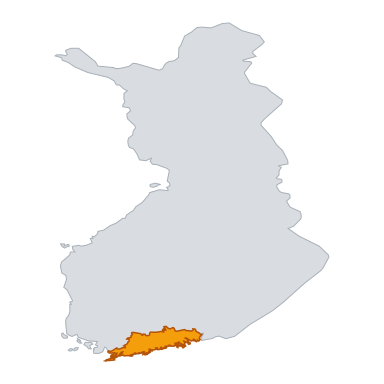 location of Uusimaa within Finland
{"feature_id": "FIN-3193", "entity_name": "Uusimaa", "entity_type": "Province", "adm_level": 1, "iso_a3": "FIN", "parent_name": "Finland", "parent_adm1": "", "projection": "robinson", "projection_center": [24.756, 60.321], "detail": "fine", "context": "in_parent", "style": "filled", "palette": "amber", "viewbox_px": 384, "rotation_deg": 0, "n_neighbors": 0, "source": "natural_earth", "source_scale": "10m", "svg_char_len": 9552}
<svg xmlns="http://www.w3.org/2000/svg" viewBox="0 0 384 384"><path d="M139.6,159.9L137.0,154.0L133.5,148.9L129.6,147.5L128.4,145.5L127.8,141.4L128.5,138.2L132.6,135.1L133.3,130.9L135.7,127.6L134.5,125.4L128.0,119.3L127.2,117.3L126.8,113.9L130.5,110.9L129.5,107.9L122.7,106.7L123.0,104.8L124.9,101.7L123.9,99.1L124.0,93.3L127.4,90.8L123.4,88.7L119.6,85.1L116.3,84.9L114.3,81.0L108.5,77.5L87.8,72.5L75.1,67.1L68.4,62.6L62.1,60.1L61.6,57.7L55.1,55.9L56.4,54.9L61.5,54.8L65.8,55.8L67.3,54.5L65.6,51.1L65.9,50.2L70.8,48.3L78.7,48.3L95.4,61.7L97.9,66.1L113.9,67.6L115.6,68.6L120.0,68.4L129.2,66.3L132.8,63.3L136.3,63.6L159.1,70.2L162.6,68.7L164.7,64.7L166.5,62.9L169.1,61.5L174.4,60.7L178.5,57.4L178.9,48.0L180.8,45.3L184.6,36.1L191.7,31.9L196.8,27.6L201.9,27.1L211.1,27.9L222.1,23.6L229.2,23.0L241.8,30.6L259.4,35.5L264.3,41.9L262.1,44.4L252.9,51.4L252.7,53.3L256.0,56.4L242.8,60.2L243.8,61.2L250.8,61.7L251.7,63.1L244.7,72.0L244.6,73.6L250.1,83.2L266.3,87.3L270.8,91.6L282.5,100.0L281.5,103.9L265.0,118.4L261.3,122.4L260.9,125.0L271.2,136.5L276.6,144.8L282.7,150.7L287.7,160.5L288.0,163.9L278.6,165.8L281.3,167.5L279.1,170.6L279.0,175.0L276.4,177.9L277.0,178.7L281.6,179.3L282.1,181.2L281.7,182.4L277.1,184.6L276.7,186.9L279.3,191.1L281.4,192.5L288.8,193.8L289.8,194.9L290.1,197.8L286.8,200.8L286.9,201.9L290.2,207.2L300.0,211.6L301.2,214.8L301.2,217.0L300.8,218.9L293.6,226.2L288.1,228.5L299.3,236.3L319.3,246.2L328.2,254.8L328.9,257.1L323.1,267.8L320.7,270.7L305.2,282.7L283.2,302.3L272.1,311.0L250.4,324.1L234.7,336.3L225.9,338.7L219.1,336.1L215.7,336.7L212.4,338.5L201.5,340.5L201.1,338.5L203.3,333.2L202.3,333.3L200.4,335.8L199.4,338.6L197.3,340.1L192.8,340.7L188.3,338.4L186.2,338.4L188.5,341.8L188.4,342.9L186.0,342.7L181.0,345.4L179.9,345.4L178.3,343.1L173.1,345.6L168.1,346.0L165.2,347.8L150.5,350.5L146.4,353.7L143.7,352.9L127.2,355.6L120.4,354.9L112.9,359.8L107.1,360.4L113.1,355.3L113.4,353.6L110.3,352.8L108.0,351.0L105.9,347.3L104.7,347.1L102.7,351.8L98.8,353.4L93.9,353.4L93.3,351.3L94.2,349.4L93.5,349.1L94.2,347.6L96.7,347.4L97.4,346.7L97.4,345.8L95.4,344.9L97.4,341.5L88.7,340.9L78.2,337.3L77.0,334.3L71.9,336.5L67.2,334.3L66.6,332.9L65.6,321.8L66.1,318.7L68.9,314.9L69.9,311.2L69.8,304.3L71.4,304.3L69.7,302.1L72.2,301.5L72.5,300.7L67.0,289.8L63.8,287.3L66.5,279.4L66.3,277.6L65.8,275.4L61.8,273.0L60.4,266.0L61.6,262.0L69.8,254.9L70.3,252.1L74.9,251.9L72.8,249.4L72.3,246.4L78.8,245.3L81.3,246.2L87.0,245.0L92.2,242.8L90.3,238.5L93.0,238.4L92.1,237.3L92.3,236.3L94.3,236.7L97.7,233.7L97.8,231.4L103.6,230.2L110.2,225.6L116.2,223.1L122.5,218.4L125.2,218.2L126.6,215.0L133.5,210.3L136.0,206.6L142.5,202.2L148.9,194.7L149.6,192.6L159.3,189.8L168.0,190.6L167.8,188.7L166.5,187.5L170.1,185.6L169.3,182.7L167.2,181.2L169.4,170.4L166.8,168.3L156.7,164.6L152.6,164.3L150.2,161.5L151.4,158.2L145.8,160.7L139.6,159.9ZM85.2,342.4L91.3,342.4L92.8,344.1L90.1,345.3L89.9,346.7L91.3,348.8L88.6,348.8L86.8,346.4L83.9,344.7L85.2,342.4ZM156.9,186.2L153.2,187.3L150.1,186.6L150.1,184.5L155.4,183.1L160.7,184.6L158.0,185.0L156.9,186.2ZM64.4,243.9L64.2,245.8L67.7,244.4L69.2,245.0L68.9,246.6L67.7,246.3L64.7,248.1L62.1,246.5L60.5,243.9L64.4,243.9ZM67.6,336.5L67.2,338.1L63.6,338.2L62.1,336.6L61.4,334.0L62.9,332.9L63.7,334.3L67.6,336.5ZM81.7,343.0L79.8,343.2L77.2,341.5L76.8,340.8L77.9,340.5L77.4,338.5L79.5,339.6L80.6,340.8L79.5,341.1L81.7,343.0ZM77.4,349.6L74.7,350.8L73.7,350.5L74.0,348.6L75.6,347.7L78.2,347.6L77.4,349.6ZM71.9,350.7L69.6,351.1L68.2,350.1L70.4,348.6L72.1,348.7L72.5,349.6L71.9,350.7Z" fill="#d9dde1" stroke="#a8b0b8" stroke-width="1"/><path d="M201.9,334.4L199.6,337.2L199.4,338.4L200.2,339.4L199.8,340.0L199.3,340.3L198.5,340.3L198.4,340.5L198.6,341.0L198.3,341.0L198.0,340.8L197.5,340.3L197.5,340.7L197.4,340.9L196.7,341.1L196.6,341.6L196.4,341.7L195.9,341.5L195.3,340.4L195.0,340.1L193.8,339.2L193.5,339.2L193.4,339.6L193.8,340.1L194.6,340.8L192.1,340.5L191.9,340.6L191.4,340.9L191.1,341.0L190.9,340.8L189.9,340.1L188.7,339.6L187.7,338.8L186.9,338.3L185.9,338.1L185.2,338.0L185.2,338.3L186.6,338.7L187.5,339.5L188.1,339.8L188.3,340.1L188.4,340.7L188.2,340.9L187.6,340.9L187.7,341.3L188.0,341.5L189.0,342.0L189.7,342.8L190.1,342.9L190.3,343.0L190.2,343.4L190.1,343.9L189.8,344.0L188.5,344.3L188.4,343.5L187.3,342.4L187.6,342.0L187.2,342.0L186.8,342.3L186.6,342.4L186.3,342.4L184.4,341.3L183.9,341.0L183.2,340.8L184.2,341.6L184.7,342.0L185.2,342.2L185.0,342.9L184.4,343.6L184.3,344.0L184.6,344.5L185.4,345.4L185.6,346.1L185.0,346.1L184.7,346.0L184.0,345.4L184.2,345.2L183.8,344.8L182.2,344.5L181.4,343.8L180.9,343.6L180.5,343.8L180.7,344.4L181.6,344.8L183.4,345.4L181.6,345.9L181.6,346.1L181.2,346.3L180.5,346.0L178.3,344.5L178.2,344.3L178.2,343.8L178.4,343.5L178.7,343.3L178.2,343.1L178.2,342.9L179.6,342.9L179.2,342.1L178.7,342.1L176.9,343.0L174.9,343.3L174.9,343.6L175.3,343.7L175.5,344.1L175.4,344.5L175.3,345.0L174.8,345.2L174.7,345.8L174.5,346.0L174.3,346.1L170.6,346.1L170.6,345.6L170.3,345.4L169.3,345.2L169.5,345.9L168.7,346.1L166.3,346.1L166.1,346.2L166.1,346.3L166.1,346.7L165.9,346.8L165.2,346.5L165.1,346.8L166.1,347.2L166.4,347.5L166.2,347.6L165.8,347.6L166.2,347.9L165.7,348.2L164.1,348.4L163.5,348.4L163.7,347.9L162.6,348.4L162.3,348.7L162.8,348.9L162.7,349.1L162.2,349.1L161.8,349.4L161.3,349.3L161.0,348.9L161.3,348.6L161.6,348.2L161.7,347.6L161.5,347.3L161.0,347.2L160.6,347.6L160.0,349.3L159.7,349.5L157.5,349.6L157.0,349.5L156.7,349.1L157.6,348.9L157.6,348.3L156.9,347.8L155.9,347.9L156.5,348.9L155.0,349.6L153.7,349.7L152.6,350.0L152.4,350.1L152.4,350.4L152.5,350.8L152.3,351.0L152.0,351.0L151.8,350.7L151.6,350.0L151.3,349.8L149.7,349.2L149.3,349.1L149.1,349.2L149.4,349.6L149.9,349.8L150.2,349.9L150.4,350.1L150.1,350.5L149.8,350.7L149.1,351.0L148.9,351.4L150.7,351.0L150.5,351.3L150.3,351.5L149.8,351.9L150.3,352.1L150.3,352.3L148.5,353.2L147.5,354.2L147.0,354.5L146.4,354.6L145.6,354.7L145.8,354.2L146.6,353.1L146.9,352.8L146.4,352.8L145.7,353.2L144.5,354.2L144.3,353.6L143.9,353.8L143.3,354.3L142.9,354.5L143.0,353.9L143.3,353.6L143.7,353.5L144.1,353.2L144.1,352.9L144.1,352.3L144.3,351.9L143.1,351.8L142.4,351.9L142.0,352.3L142.3,352.6L141.3,353.0L140.9,353.0L140.0,352.8L139.3,352.8L138.8,352.9L138.8,353.2L139.4,353.5L138.9,353.7L138.5,353.6L137.6,353.3L137.4,353.3L136.4,353.7L136.1,353.7L135.8,353.5L135.3,354.1L134.8,354.0L134.7,353.7L135.1,353.3L135.1,353.0L134.6,353.1L134.3,353.3L133.8,354.0L133.4,354.2L133.0,354.4L131.2,354.6L129.3,355.9L128.5,355.5L124.2,355.9L123.8,355.7L123.6,355.3L123.3,355.1L123.0,355.2L121.2,355.5L120.1,355.9L119.5,355.9L119.8,355.4L120.9,354.0L121.3,353.7L122.1,353.6L122.4,353.4L122.5,353.2L122.3,352.9L122.3,352.6L122.4,352.2L122.6,351.9L121.6,352.1L121.3,352.2L121.1,352.5L121.0,352.8L120.8,353.2L120.1,353.4L119.9,354.2L119.8,354.6L119.5,354.8L118.9,355.1L117.8,356.3L116.7,357.1L114.4,357.9L114.0,358.3L114.0,359.0L114.2,359.5L114.7,359.7L114.7,359.9L110.2,360.4L109.9,360.6L108.2,360.4L107.6,360.5L107.1,360.7L105.5,361.0L105.1,360.9L105.6,360.7L106.2,359.9L106.6,359.7L107.7,359.5L111.5,358.3L112.5,358.2L112.4,357.5L112.5,357.2L113.1,357.3L114.0,357.3L114.6,357.1L115.2,356.6L115.9,355.8L116.3,355.1L116.8,354.1L116.9,353.4L116.5,353.6L114.7,356.2L114.0,356.8L113.5,356.8L113.7,356.3L113.4,356.2L113.1,356.1L112.8,356.2L112.6,356.3L112.6,356.6L111.6,356.4L111.3,356.7L111.2,357.0L110.8,356.8L110.8,356.4L111.1,355.3L111.5,355.0L113.5,354.5L113.9,354.1L114.5,353.3L115.0,353.0L113.6,352.7L111.0,353.1L109.7,353.0L109.1,352.9L108.5,352.6L108.1,352.3L107.9,351.8L108.1,351.3L108.7,350.8L108.9,350.9L110.0,351.4L111.2,351.2L113.3,350.2L116.0,348.3L116.4,348.1L116.8,348.1L116.6,348.6L117.0,348.8L118.6,349.0L119.8,348.9L121.1,348.5L122.5,347.6L123.1,347.5L124.8,347.7L125.2,347.7L125.4,347.2L125.3,346.8L124.9,346.3L123.9,345.7L124.3,345.5L124.8,345.5L124.9,345.1L125.2,344.8L126.3,344.4L127.4,343.6L127.6,342.8L128.0,341.9L128.5,341.7L129.0,341.1L129.2,340.3L129.2,339.7L128.9,339.2L126.8,339.1L127.3,338.3L127.9,338.0L130.8,337.5L131.1,337.1L131.1,336.5L130.9,336.1L131.1,335.6L131.4,335.5L131.9,335.1L132.4,334.2L132.2,333.9L131.9,333.8L131.6,333.5L131.6,333.0L132.0,332.5L133.3,332.4L139.8,333.5L140.9,333.9L141.3,334.2L142.2,335.3L142.7,335.2L142.7,334.8L142.8,334.3L143.7,334.1L145.2,334.3L145.4,334.9L145.6,335.4L146.9,335.7L148.5,335.5L149.6,334.9L149.7,334.5L149.6,333.6L149.8,332.9L150.3,332.3L150.8,332.1L154.5,332.3L158.7,332.0L160.1,331.6L160.9,331.5L161.7,331.5L163.5,332.0L163.8,331.9L163.5,330.8L163.7,330.6L165.8,330.0L165.6,329.8L164.3,329.6L163.6,329.7L162.7,330.2L162.7,329.6L163.0,329.3L163.5,328.9L165.1,328.4L165.1,328.2L164.9,327.9L164.4,327.6L164.1,327.2L163.9,326.7L166.1,326.4L166.4,326.5L166.7,326.9L167.0,327.2L168.3,328.3L169.0,328.7L169.7,328.8L170.8,328.6L172.6,327.7L173.4,327.7L173.9,328.1L174.4,328.8L174.7,329.7L174.8,330.6L176.0,331.1L177.1,331.2L184.3,329.6L185.0,329.7L185.5,330.3L185.9,330.5L186.7,330.6L188.2,330.6L190.6,331.0L191.9,330.9L192.4,330.6L192.9,330.3L193.2,329.7L192.9,328.9L193.5,329.0L194.4,328.9L194.9,329.0L195.2,329.3L195.7,330.0L195.9,330.2L195.9,331.2L196.5,331.8L198.3,332.4L199.2,333.0L199.8,333.6L200.5,334.2L201.6,334.3L201.9,334.4ZM177.5,346.3L176.7,346.2L176.1,345.7L175.9,345.0L176.4,344.4L176.8,344.6L179.1,346.1L178.9,346.3L178.0,346.7L177.8,347.0L177.8,347.5L177.0,347.1L177.5,346.3ZM132.3,355.3L132.6,355.4L132.5,355.5L132.5,355.8L132.2,356.0L131.8,356.0L131.2,356.2L130.8,356.0L130.6,356.0L130.7,355.7L131.2,355.3L131.7,355.2L132.3,355.3ZM182.5,347.4L182.7,347.1L183.2,347.0L184.2,347.0L183.8,347.5L183.1,347.8L182.7,347.7L182.5,347.4Z" fill="#f59e0b" stroke="#b45309" stroke-width="1.5"/></svg>